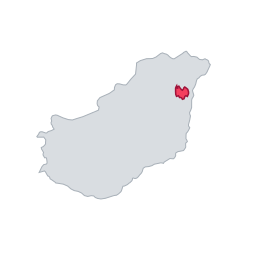 Hungary, with Debrecen highlighted, rotated 341°
{"feature_id": "HUN-4924", "entity_name": "Debrecen", "entity_type": "Urban county", "adm_level": 1, "iso_a3": "HUN", "parent_name": "Hungary", "parent_adm1": "", "projection": "mercator", "projection_center": [21.625, 47.561], "detail": "fine", "context": "in_parent", "style": "filled", "palette": "rose", "viewbox_px": 256, "rotation_deg": 341, "n_neighbors": 0, "source": "natural_earth", "source_scale": "10m", "svg_char_len": 3000}
<svg xmlns="http://www.w3.org/2000/svg" viewBox="0 0 256 256"><g transform="rotate(341 128 128)"><path d="M204.9,74.7L207.7,74.3L207.8,74.4L208.4,74.6L208.9,76.6L209.0,76.7L209.6,78.1L210.3,79.8L211.2,81.2L213.4,81.7L216.2,83.4L218.0,86.5L220.7,87.8L220.9,87.8L221.4,87.7L223.4,87.6L223.8,88.2L225.4,89.7L226.0,91.0L225.7,92.5L225.9,94.0L226.5,94.6L225.8,95.7L220.7,101.0L218.7,102.4L217.4,102.7L215.3,102.2L213.2,102.6L211.3,103.7L209.5,104.1L208.2,105.5L206.4,108.4L204.3,110.8L202.2,112.4L201.1,113.7L200.9,118.4L199.7,119.8L198.1,121.1L197.3,122.3L194.8,129.4L193.0,131.7L191.2,133.5L190.9,135.0L191.0,136.9L189.0,140.5L186.4,144.3L185.9,145.8L186.5,147.9L184.0,150.3L182.5,151.4L181.3,152.0L180.6,153.5L179.3,157.1L179.7,158.7L179.7,160.2L177.6,161.1L177.0,162.7L176.4,164.8L175.5,165.7L173.2,167.4L167.3,166.6L165.0,167.2L164.4,168.4L164.2,169.4L163.5,170.3L162.2,171.4L160.8,171.9L157.7,170.5L151.1,172.0L150.0,173.0L149.1,172.3L147.7,171.6L141.0,170.8L138.4,171.4L135.0,171.2L131.7,170.4L129.3,171.0L127.2,173.9L126.2,174.8L125.3,175.4L123.5,176.3L122.0,177.4L120.0,178.2L118.2,178.1L116.5,176.9L115.8,177.1L115.3,178.3L114.4,179.2L111.8,180.4L111.2,180.4L109.1,181.3L105.8,181.7L104.2,181.4L101.3,185.3L100.4,186.0L97.6,187.2L95.3,187.8L93.3,187.4L92.5,187.3L83.8,187.1L79.3,186.3L76.3,184.7L74.4,183.0L73.5,181.1L71.2,180.0L67.6,179.6L64.8,177.7L62.9,174.3L60.2,171.7L56.8,169.7L54.1,166.9L52.1,163.3L48.5,160.0L43.3,157.2L41.8,156.5L41.5,155.6L38.9,152.0L37.8,150.7L37.9,148.9L37.4,147.9L36.5,147.2L36.0,144.6L35.7,142.6L35.0,141.4L29.5,141.1L34.1,136.5L36.4,135.2L39.1,135.5L39.9,135.0L40.2,134.4L40.6,132.9L40.9,131.4L41.1,130.1L40.8,129.3L39.5,129.1L38.9,125.8L39.5,124.5L40.2,123.7L39.4,119.6L39.6,118.2L41.7,118.0L43.5,117.2L44.9,116.2L45.3,114.9L46.4,112.4L45.4,109.2L39.3,107.2L39.0,106.4L40.4,105.5L41.9,104.3L42.8,103.3L43.9,103.1L45.6,103.6L48.5,105.9L49.6,106.2L50.7,105.6L51.8,105.4L55.0,105.5L57.8,105.0L57.1,102.6L57.2,100.8L56.7,99.4L57.0,97.8L58.1,96.6L58.4,93.9L60.1,92.1L60.9,91.8L63.9,92.1L64.6,92.6L65.0,92.7L69.8,97.2L74.3,100.6L78.0,102.3L83.4,102.4L89.1,102.6L98.7,102.0L105.9,101.5L106.4,100.7L107.5,98.7L106.6,97.0L106.7,95.0L107.9,92.3L111.4,90.1L121.6,89.2L127.5,87.5L128.4,85.3L130.3,83.1L132.1,82.6L134.5,83.6L137.4,85.6L140.0,86.6L141.5,86.0L146.7,82.7L152.7,79.5L156.8,70.7L157.2,69.3L161.6,68.3L168.1,68.5L171.5,69.6L174.0,70.3L177.7,70.0L183.1,68.2L185.1,68.2L186.7,69.6L188.4,70.7L189.5,72.1L190.4,74.1L190.9,74.8L191.6,75.8L193.0,77.2L194.3,77.6L204.3,75.2L204.9,74.7Z" fill="#d9dde1" stroke="#a8b0b8" stroke-width="1"/><path d="M187.8,103.9L187.4,106.2L187.9,106.5L188.3,105.2L189.7,105.0L190.2,107.0L190.9,108.9L191.7,110.0L193.0,109.3L194.0,108.1L195.0,107.7L196.1,109.2L197.1,110.9L197.0,113.6L196.4,115.3L194.4,117.5L193.3,116.3L192.1,116.6L190.5,118.6L188.8,118.6L188.4,116.9L187.7,116.3L186.7,116.0L186.2,113.9L184.2,113.9L184.1,111.7L184.8,109.2L186.0,105.7L187.2,104.4L187.8,103.9Z" fill="#f43f5e" stroke="#9f1239" stroke-width="1.5"/></g></svg>